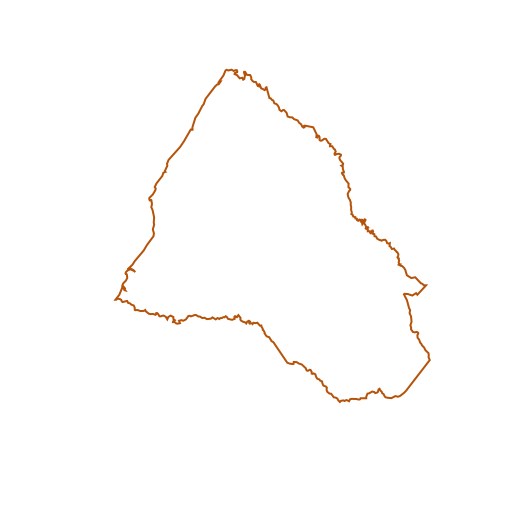 San Carlos, Panama, rotated 158°
{"feature_id": "35544464B52564118130817", "entity_name": "San Carlos", "entity_type": "district", "adm_level": 2, "iso_a3": "PAN", "parent_name": "Panama", "parent_adm1": "", "projection": "natural_earth1", "projection_center": [-80.034, 8.53], "detail": "fine", "context": "isolated", "style": "outline", "palette": "amber", "viewbox_px": 512, "rotation_deg": 158, "n_neighbors": 0, "source": "geoboundaries", "source_scale": "gbopen_adm2", "svg_char_len": 6112}
<svg xmlns="http://www.w3.org/2000/svg" viewBox="0 0 512 512"><g transform="rotate(158 256 256)"><path d="M212.2,438.4L213.6,439.7L214.8,439.4L218.5,435.6L225.1,431.4L226.1,430.5L226.0,429.7L223.9,431.1L223.5,431.0L226.0,429.3L227.9,429.5L230.3,428.6L243.9,420.6L247.7,416.3L249.8,415.1L256.3,409.5L260.4,406.9L266.7,399.2L267.8,396.1L267.9,397.5L269.1,397.7L279.9,389.3L285.7,385.4L301.0,377.9L303.9,374.9L304.4,372.9L308.8,368.8L309.0,368.3L308.7,367.9L310.7,367.9L312.9,365.3L321.1,360.6L324.1,357.8L323.7,356.2L324.7,354.7L328.6,351.7L333.1,349.8L333.6,349.0L333.7,347.5L332.3,347.3L332.1,346.9L332.6,346.6L332.5,344.8L333.3,342.5L334.8,340.6L334.7,337.3L336.0,329.9L338.3,325.3L338.7,323.2L341.7,319.3L342.2,315.1L343.7,312.7L353.2,306.9L358.0,303.2L370.3,296.7L373.8,294.2L379.6,291.9L379.6,291.1L378.5,291.7L377.2,291.6L374.7,288.5L374.0,286.3L374.8,288.0L377.5,290.8L380.5,290.7L382.6,289.8L383.5,288.8L383.4,288.0L382.8,287.7L382.8,286.6L383.6,283.9L385.7,282.0L389.3,280.4L391.0,278.7L391.5,277.6L391.2,277.2L390.4,277.4L389.6,275.0L390.3,274.3L390.0,273.0L390.8,273.6L390.7,275.4L392.1,276.5L397.3,271.2L402.7,268.1L402.0,267.8L400.3,268.4L398.1,266.8L397.4,265.8L397.4,264.1L397.0,263.3L392.3,262.6L392.1,260.4L390.8,259.5L389.7,257.5L387.9,255.9L387.8,253.6L388.6,251.5L388.3,251.0L386.1,250.3L383.7,248.2L380.5,247.1L378.9,247.4L378.8,245.8L376.9,242.5L375.0,241.4L373.2,240.9L371.2,239.1L370.6,239.3L370.0,240.4L369.1,240.2L368.5,239.0L368.1,236.3L367.2,235.8L364.5,235.6L363.7,235.1L362.4,233.3L362.0,230.5L360.2,232.3L357.5,232.7L355.5,230.4L356.2,228.4L355.3,226.9L357.3,226.5L357.7,225.8L356.2,225.3L355.3,223.5L354.3,222.7L351.7,222.2L351.6,224.8L349.2,224.5L347.9,223.3L345.8,223.3L344.5,223.6L341.1,225.7L339.7,225.3L339.0,224.4L334.6,224.2L333.7,223.7L332.0,221.4L330.7,220.9L329.1,218.6L326.8,218.0L325.2,215.9L321.4,214.8L319.4,215.4L317.1,212.3L314.9,212.9L313.6,211.3L312.3,211.8L311.1,211.3L309.2,211.5L308.2,211.0L306.6,211.5L305.9,210.4L305.5,208.2L302.1,205.8L299.4,205.7L298.8,207.7L298.3,208.0L297.5,207.8L297.3,206.8L296.6,206.4L294.5,207.8L293.5,204.4L294.3,203.0L294.2,202.0L293.0,200.2L291.1,198.7L290.3,197.1L288.8,198.4L286.8,198.6L286.1,197.4L287.4,196.5L287.2,195.7L285.1,195.2L284.7,194.2L283.3,195.0L281.6,193.9L279.7,193.6L278.5,190.0L277.1,189.6L277.4,188.5L277.0,186.1L277.4,185.0L276.9,184.3L276.6,181.8L277.0,181.2L276.5,178.4L276.0,177.3L274.2,175.8L273.4,171.1L272.2,169.7L267.0,145.4L265.1,143.6L262.1,141.9L261.6,141.9L260.7,143.6L258.1,142.4L256.5,140.2L254.2,138.3L251.9,133.3L252.0,131.5L251.5,130.4L250.7,130.1L248.8,130.4L248.1,129.9L247.8,127.8L248.4,126.1L247.6,125.5L246.6,125.6L245.3,124.1L245.5,121.4L245.2,119.3L243.5,117.8L243.2,116.4L241.7,114.9L242.1,113.7L242.1,110.7L240.3,109.0L239.6,107.5L240.7,105.5L240.8,103.4L239.4,100.9L237.9,100.1L236.8,95.8L235.1,94.8L234.0,93.4L233.8,91.4L232.9,89.2L231.4,89.9L228.9,89.3L228.3,88.4L226.1,88.6L224.1,86.5L222.5,87.9L220.8,87.7L216.7,85.9L214.3,84.3L213.2,84.2L212.3,84.9L207.1,82.8L206.6,84.1L204.2,86.6L202.3,86.3L199.1,86.8L197.3,85.6L196.8,84.2L194.9,84.0L193.9,84.3L192.3,86.4L191.2,86.6L191.0,84.5L190.3,83.1L190.4,81.5L189.5,80.3L189.2,77.4L188.8,76.5L187.0,75.2L183.7,73.5L179.2,73.9L177.1,72.3L174.8,72.3L169.9,73.7L167.4,74.8L133.9,94.4L133.9,97.6L132.7,100.0L132.5,101.4L134.2,105.1L134.4,108.1L135.5,110.8L135.7,112.9L136.2,114.0L136.1,117.5L136.8,119.7L136.0,122.2L134.7,123.2L134.4,124.0L135.2,125.3L137.4,125.7L139.0,126.9L139.7,129.9L138.9,131.8L138.8,133.9L136.4,136.8L134.9,141.8L135.0,145.5L133.4,148.1L133.6,150.4L132.6,158.5L133.2,165.0L132.5,165.3L129.5,163.9L125.9,160.8L121.5,161.6L120.9,159.6L109.3,165.1L111.3,166.0L112.4,168.2L113.4,169.0L116.3,176.6L120.3,177.4L123.3,181.6L122.8,187.4L123.2,189.5L124.3,192.0L125.6,192.8L125.2,194.0L126.5,194.0L127.0,194.5L126.1,195.1L126.2,196.4L124.9,198.4L125.0,199.5L124.5,200.2L125.1,200.7L125.3,201.9L124.3,202.6L123.3,204.3L123.6,206.6L124.1,207.0L124.4,208.6L125.1,209.7L125.2,211.2L127.4,211.6L127.8,214.2L128.5,215.1L127.1,217.8L128.4,217.8L129.6,218.8L129.5,221.0L130.1,222.6L131.7,223.2L134.0,223.2L134.4,224.0L135.2,224.3L137.1,226.5L137.4,229.1L138.7,229.9L138.1,232.0L139.6,233.0L139.3,233.8L138.3,234.6L138.2,235.9L138.7,236.1L141.2,234.3L141.5,234.9L141.2,236.3L143.1,237.0L142.4,238.7L144.0,240.4L143.7,240.8L142.2,240.1L141.3,240.3L141.4,240.8L143.0,241.8L143.0,243.9L143.6,246.0L141.0,248.3L140.9,248.7L141.5,249.2L142.0,248.5L143.3,249.0L143.5,248.2L144.1,248.2L145.0,245.9L145.5,245.6L145.0,248.7L144.3,249.9L144.8,250.2L146.0,249.4L146.0,250.6L146.6,251.1L148.1,250.4L148.9,251.5L148.5,252.7L149.8,253.6L149.3,254.8L151.1,256.2L150.9,257.8L151.9,259.1L151.0,260.0L150.4,263.5L149.3,266.0L149.1,267.8L148.1,270.0L147.9,272.6L148.4,275.8L147.8,279.1L145.5,281.3L144.0,281.9L143.5,282.9L144.5,285.3L143.0,288.5L144.3,292.4L144.7,294.7L144.4,297.8L145.1,298.8L145.3,300.6L144.9,301.0L143.5,300.4L143.0,300.9L142.9,304.0L142.1,306.3L143.0,307.8L141.3,307.9L140.6,309.0L142.0,313.1L142.1,315.3L141.5,316.4L139.8,317.2L139.3,318.1L140.6,319.6L142.8,320.3L144.7,320.1L145.1,320.4L144.8,321.6L143.0,322.9L143.0,325.3L143.7,326.3L144.2,329.2L146.3,330.0L146.2,330.5L145.0,331.8L146.4,333.4L147.3,338.4L148.7,339.1L151.8,338.4L153.0,338.8L153.6,339.7L152.5,342.5L152.7,343.9L153.4,344.4L154.8,342.9L155.6,343.5L154.2,346.1L154.7,353.9L161.9,358.6L162.6,358.6L162.8,357.2L163.8,357.2L164.7,358.8L164.7,360.9L166.1,363.4L166.6,366.1L169.5,368.7L170.4,370.9L172.6,371.9L174.4,373.5L174.0,377.3L175.3,380.8L176.3,381.2L178.2,380.7L179.5,382.7L179.1,384.8L179.4,387.4L180.1,389.2L181.8,390.7L181.7,393.7L182.6,394.5L183.4,396.8L184.4,397.3L183.1,408.5L183.9,408.5L184.9,406.8L185.9,406.6L187.1,408.3L188.4,409.4L188.3,413.2L188.6,414.0L189.6,414.0L190.0,412.4L190.7,413.0L190.9,417.3L193.0,418.4L193.7,419.7L194.2,421.7L193.5,423.3L193.6,425.9L196.6,427.4L197.1,430.8L198.0,431.2L198.4,430.6L198.6,427.5L200.6,424.5L201.8,424.3L201.9,426.3L204.6,426.9L205.8,430.8L207.7,432.7L207.1,433.6L204.6,433.5L204.2,434.2L204.2,435.5L205.6,436.0L207.3,435.9L208.9,437.9L212.2,438.4Z" fill="none" stroke="#b45309" stroke-width="2"/></g></svg>